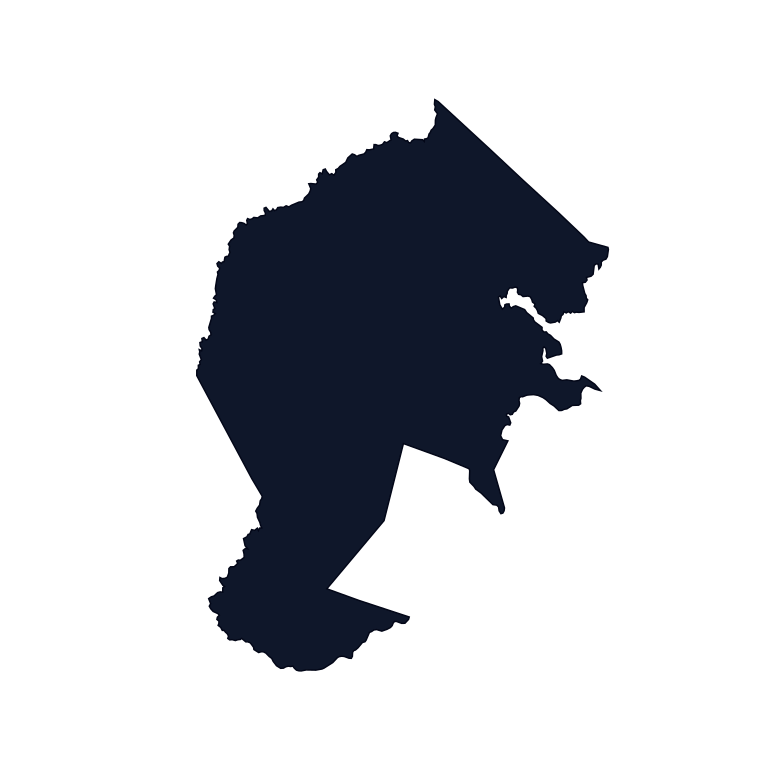 Bomet Central, Rift Valley, Kenya, rotated 331°
{"feature_id": "3690345B53477019337333", "entity_name": "Bomet Central", "entity_type": "district", "adm_level": 2, "iso_a3": "KEN", "parent_name": "Kenya", "parent_adm1": "Rift Valley", "projection": "natural_earth1", "projection_center": [35.326, -0.731], "detail": "fine", "context": "isolated", "style": "filled", "palette": "ink", "viewbox_px": 768, "rotation_deg": 331, "n_neighbors": 0, "source": "geoboundaries", "source_scale": "gbopen_adm2", "svg_char_len": 6171}
<svg xmlns="http://www.w3.org/2000/svg" viewBox="0 0 768 768"><g transform="rotate(331 384 384)"><path d="M646.1,373.1L631.8,359.0L630.2,352.5L619.7,319.0L604.3,272.9L590.5,230.2L568.3,163.2L566.3,159.9L563.7,163.8L563.3,166.4L561.2,168.9L561.8,173.6L558.5,176.3L556.9,178.1L554.4,182.4L550.5,184.4L548.3,184.9L546.3,186.5L544.7,187.1L541.9,190.0L540.2,190.1L538.2,189.4L536.8,191.4L536.1,189.0L529.2,184.6L526.1,184.9L524.1,186.0L522.6,184.8L522.6,182.5L520.7,182.0L519.6,179.1L516.2,175.4L515.7,173.3L517.8,171.5L516.1,169.5L514.2,168.6L512.0,168.7L509.8,170.0L508.6,173.9L503.5,174.3L501.8,172.4L498.9,173.7L496.3,173.3L494.4,172.5L492.9,170.7L491.4,169.8L488.9,173.4L484.7,172.1L482.6,170.7L480.4,172.4L478.0,173.1L473.0,171.8L470.6,171.8L469.4,169.2L467.7,167.4L462.0,168.7L458.0,171.6L450.9,172.3L448.4,173.3L445.7,173.2L444.5,175.6L441.4,177.1L440.3,174.7L437.6,174.6L436.8,170.0L436.9,167.5L434.7,167.1L431.8,170.2L430.4,168.1L428.6,168.7L427.1,171.4L424.1,172.8L423.8,175.5L421.5,176.2L417.2,173.2L415.3,172.4L414.7,177.6L412.9,179.5L410.3,181.3L404.6,182.8L402.6,184.7L400.4,184.8L397.9,183.7L389.7,182.8L386.7,183.0L384.8,180.7L381.7,180.8L379.4,179.2L376.6,178.2L374.4,179.5L372.3,179.3L371.8,177.0L369.8,178.1L367.4,177.6L366.4,172.3L364.4,172.1L363.3,174.2L363.2,177.0L361.8,178.9L357.6,177.2L354.1,177.5L350.9,175.2L348.7,175.6L346.4,175.1L344.9,173.2L343.3,174.3L342.3,177.5L340.5,178.1L339.4,175.6L337.6,173.8L336.1,172.8L333.8,173.5L332.1,176.1L327.2,177.5L325.6,178.8L325.1,181.3L323.5,183.5L320.1,183.9L315.6,186.2L315.8,188.6L313.7,191.4L313.1,194.2L309.6,196.8L308.0,196.0L306.3,196.0L303.5,199.5L301.8,199.0L300.2,199.7L298.8,197.0L296.3,197.7L295.7,200.4L296.5,202.8L294.9,204.7L292.6,205.3L291.9,207.7L289.1,210.6L284.3,216.7L282.7,218.9L280.8,224.7L278.6,225.2L276.5,226.3L278.1,229.1L277.2,231.7L275.2,229.9L273.4,231.1L272.6,236.1L270.8,236.1L269.2,238.3L270.6,240.6L268.2,241.3L266.0,241.0L264.9,243.0L258.2,249.6L257.4,251.7L257.5,254.8L256.6,257.1L254.1,257.4L252.0,259.5L249.7,259.3L249.0,256.1L246.8,255.9L245.6,258.9L243.1,258.5L241.7,261.7L242.0,264.9L240.6,266.5L239.1,264.4L238.5,266.5L236.9,268.3L236.1,274.1L233.5,275.2L232.7,277.7L230.7,277.6L229.1,280.6L227.0,281.1L224.3,285.9L222.5,402.7L223.1,423.1L221.6,424.9L219.1,426.2L216.5,429.6L212.8,431.3L210.2,433.0L210.2,435.7L208.7,439.3L208.3,445.0L207.6,447.5L207.3,450.6L205.3,449.7L203.1,451.3L203.3,448.7L199.9,449.3L197.6,447.2L193.9,450.1L192.2,449.7L190.0,451.2L186.2,451.1L184.1,458.1L184.9,462.2L183.0,460.7L180.2,461.2L179.2,464.8L177.6,467.9L172.9,468.5L171.2,467.3L169.3,467.4L169.1,470.0L164.4,471.2L161.1,469.5L158.9,470.2L156.6,474.1L153.3,477.0L150.7,476.9L148.0,475.7L146.7,473.7L145.0,476.2L145.5,482.0L146.4,483.8L144.2,484.1L142.0,487.9L139.9,486.4L137.4,485.8L132.4,487.0L129.8,486.4L126.6,486.7L125.9,492.1L123.5,493.6L123.5,496.6L124.3,500.1L127.4,504.3L127.9,506.4L125.2,507.2L123.7,508.9L124.7,511.3L123.5,513.4L121.9,514.7L123.2,517.7L123.1,521.1L124.8,522.1L125.0,524.1L125.8,526.3L125.8,529.1L124.0,530.8L125.0,533.0L127.3,534.0L129.6,536.3L132.2,536.8L134.5,537.8L136.2,537.5L138.1,542.5L140.0,543.6L141.6,545.6L142.3,551.0L141.5,553.2L144.2,558.1L146.6,558.6L148.6,559.7L150.2,562.0L151.5,566.7L152.8,569.6L152.6,572.9L153.4,578.3L155.8,582.6L158.4,583.8L160.9,583.7L163.5,584.4L165.5,585.9L167.5,586.5L167.8,589.1L168.7,591.8L170.4,593.5L172.5,594.8L177.4,596.4L185.7,601.2L191.6,603.2L193.7,603.4L204.1,602.8L210.7,600.7L212.5,600.7L214.9,601.5L217.1,603.0L220.4,606.8L222.4,608.1L224.3,606.9L226.4,603.5L228.1,602.5L230.1,602.8L233.4,602.1L239.8,599.6L242.4,600.2L244.1,599.4L250.8,594.2L253.2,594.5L255.8,594.2L258.5,595.2L262.3,599.1L267.6,600.0L271.6,600.1L274.0,599.3L276.0,597.6L278.0,596.8L279.8,597.7L283.4,601.9L286.3,603.4L291.3,601.8L293.1,600.0L257.2,561.2L234.7,535.4L317.8,503.5L372.1,445.5L400.7,478.3L417.3,499.3L417.0,501.3L412.7,508.4L411.5,511.5L413.0,517.0L413.3,520.5L416.0,526.3L420.8,542.3L423.9,544.6L424.6,547.1L423.2,550.8L423.4,554.1L425.4,554.5L427.6,553.1L429.3,550.8L438.3,512.1L464.8,493.8L460.7,490.2L460.9,485.8L464.9,481.4L469.6,479.0L472.0,479.1L474.1,480.9L476.0,479.4L477.0,473.2L475.6,471.7L476.7,469.6L478.8,470.1L479.5,472.1L481.5,472.7L483.7,471.3L486.2,471.5L491.5,468.7L493.2,466.7L494.1,463.8L495.7,461.6L497.6,461.4L499.1,462.4L503.5,463.0L505.9,464.0L509.7,465.8L513.2,468.6L516.5,473.0L518.1,476.2L519.9,481.6L522.0,485.5L524.1,492.0L526.6,493.3L529.4,493.5L531.9,494.4L538.3,494.0L544.0,496.9L546.4,496.6L547.7,493.7L549.3,492.0L551.7,487.4L555.0,484.9L557.6,483.9L560.0,483.6L562.3,485.5L566.0,490.7L570.1,494.7L568.2,486.3L562.8,475.3L560.8,472.8L558.3,475.0L556.5,475.4L554.0,474.6L551.4,473.5L545.9,469.0L541.5,467.2L539.7,464.9L539.0,462.9L538.8,459.9L539.5,454.6L539.2,451.4L538.1,447.3L536.7,445.7L532.9,444.0L531.0,442.1L533.8,440.8L535.1,436.5L539.2,431.9L540.1,429.8L541.9,429.2L542.8,431.1L541.2,436.2L539.2,438.4L539.4,440.6L549.0,442.3L551.2,443.3L554.0,443.8L555.5,441.0L556.6,437.7L557.3,434.7L557.3,432.1L554.5,427.1L553.2,422.2L551.6,419.6L551.2,417.1L548.9,416.0L548.4,413.3L549.7,411.1L546.0,402.8L545.8,400.4L546.5,398.6L543.4,390.7L543.1,387.1L537.1,379.5L534.5,379.0L532.2,379.4L531.4,376.9L532.2,374.6L530.0,373.5L528.2,373.3L526.7,375.3L523.8,375.9L523.7,370.8L526.2,363.5L528.3,363.3L528.4,366.3L531.2,365.6L532.8,367.5L533.9,365.7L535.6,364.5L536.9,362.6L540.4,360.8L543.0,362.4L545.6,362.8L547.2,364.2L546.6,366.5L545.2,368.4L545.2,370.8L547.0,372.3L548.0,374.9L552.6,376.9L554.2,378.6L554.2,381.7L553.6,384.4L554.9,387.2L553.0,388.9L553.8,391.5L553.8,394.1L553.2,397.0L555.8,400.9L557.5,405.4L556.4,407.5L557.7,409.8L559.2,411.3L563.9,412.9L566.4,412.6L567.2,414.9L570.7,412.0L572.1,410.3L574.3,409.9L576.4,408.0L577.8,410.2L580.3,410.1L581.6,412.5L584.0,411.8L585.1,413.9L587.1,414.4L589.2,415.9L594.0,417.9L596.1,414.1L600.7,411.2L603.0,409.1L602.5,407.1L603.6,404.6L603.5,402.1L605.6,394.1L606.7,391.6L609.4,392.6L612.0,391.5L612.7,388.9L617.3,390.1L620.1,389.4L625.4,382.1L627.9,381.8L629.4,383.0L627.7,387.6L629.7,386.8L631.7,385.3L633.2,382.6L635.7,381.9L638.6,382.4L641.1,380.9L645.5,375.1L646.1,373.1Z" fill="#0f172a" stroke="#020617" stroke-width="1.5"/></g></svg>